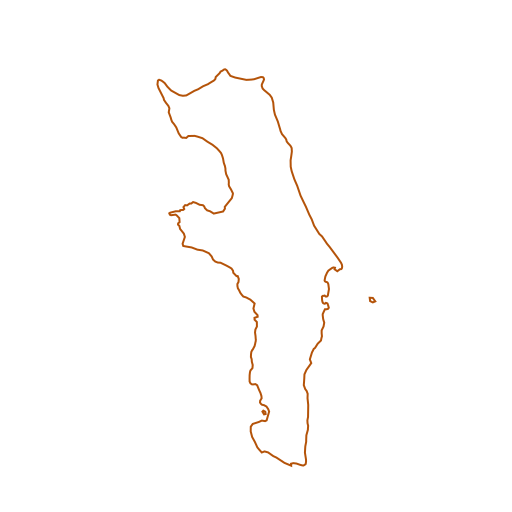 the district of Saipan, Saipan, Northern Mariana Islands, rotated 146°
{"feature_id": "39175420B42755231479115", "entity_name": "Saipan", "entity_type": "district", "adm_level": 2, "iso_a3": "MNP", "parent_name": "Northern Mariana Islands", "parent_adm1": "Saipan", "projection": "equal_earth", "projection_center": [145.757, 15.191], "detail": "fine", "context": "isolated", "style": "outline", "palette": "amber", "viewbox_px": 512, "rotation_deg": 146, "n_neighbors": 0, "source": "geoboundaries", "source_scale": "gbopen_adm2", "svg_char_len": 5629}
<svg xmlns="http://www.w3.org/2000/svg" viewBox="0 0 512 512"><g transform="rotate(146 256 256)"><path d="M150.2,399.0L150.1,399.3L150.3,400.4L151.8,401.6L153.8,402.2L158.7,403.6L161.1,404.8L163.5,406.2L165.5,407.4L173.5,415.6L175.8,418.7L176.5,419.7L176.5,421.6L176.6,423.6L176.4,425.9L176.7,427.1L176.8,427.3L177.2,428.1L178.4,428.5L180.1,428.4L182.2,428.7L184.0,427.9L189.3,426.9L190.7,425.5L192.1,425.1L193.4,425.0L194.1,425.1L198.2,425.3L199.8,425.3L200.2,425.4L204.8,426.3L210.8,426.6L214.7,427.4L218.9,427.7L222.8,428.0L224.0,428.1L227.0,429.7L229.6,432.3L233.8,440.6L234.2,442.6L234.8,446.0L235.0,450.4L235.6,452.4L236.3,454.3L237.8,456.3L239.2,456.3L241.8,453.3L242.9,449.8L244.3,438.6L245.0,436.8L245.0,433.3L244.7,429.5L245.2,426.9L248.0,423.9L249.3,418.5L250.0,416.4L250.5,414.2L250.2,411.2L250.2,407.2L251.5,400.9L251.5,398.3L251.5,396.5L250.8,395.1L249.7,394.5L247.8,392.9L245.0,393.3L239.7,389.9L238.1,388.1L237.6,387.5L234.5,383.6L232.4,378.0L229.9,372.6L228.2,367.2L227.7,363.7L227.4,361.1L227.7,359.1L228.2,357.3L228.8,355.3L229.6,353.5L230.5,351.5L230.6,351.2L231.1,349.4L231.4,348.1L232.4,345.7L233.6,343.8L234.4,341.9L234.9,340.7L235.0,340.4L235.2,339.2L235.5,337.3L235.8,335.7L236.0,334.4L236.6,333.5L237.5,332.0L238.6,330.6L238.8,330.1L239.3,328.9L239.4,327.3L239.5,325.2L239.8,322.9L239.9,322.5L239.9,321.7L240.3,320.5L241.8,319.1L243.7,317.5L254.4,314.2L255.3,312.6L258.4,311.3L267.3,314.8L267.6,315.5L269.1,318.8L271.0,321.2L271.6,324.2L271.2,326.1L271.6,327.8L274.1,330.0L276.1,333.6L278.0,335.9L280.3,335.7L281.7,336.6L284.8,336.5L286.3,337.8L288.8,337.1L289.2,335.1L290.5,334.9L293.2,336.4L294.1,335.7L297.6,338.0L297.9,338.1L302.9,339.9L304.0,339.9L304.3,338.4L303.6,337.3L302.8,336.9L299.6,335.3L299.3,334.7L299.0,333.9L298.4,330.3L300.4,326.8L302.3,326.6L303.1,325.6L302.7,323.8L303.8,320.9L303.3,314.9L304.3,311.6L310.0,307.2L310.7,305.0L309.2,303.5L304.6,299.1L302.2,295.7L301.1,294.1L297.1,290.4L296.2,289.0L293.6,284.8L293.5,284.6L293.0,280.4L293.6,277.1L292.9,274.2L291.3,271.9L289.2,270.3L288.5,269.1L286.0,264.8L285.8,264.4L285.1,263.1L284.0,260.9L283.3,259.3L283.3,256.6L284.2,254.8L283.4,250.2L282.4,249.6L283.1,246.6L285.1,244.2L287.1,243.2L288.3,241.3L288.3,241.2L289.1,239.3L289.1,238.3L289.2,236.9L289.6,234.3L289.5,231.9L289.2,229.5L287.6,227.5L287.0,226.6L286.3,225.2L285.1,223.0L283.7,217.4L287.5,213.9L288.5,210.6L287.8,206.1L288.6,204.7L291.8,205.6L292.8,204.0L292.2,200.8L294.7,197.0L297.6,195.4L299.6,193.1L301.2,189.8L301.4,189.5L302.6,187.4L302.8,186.9L303.9,185.5L304.6,184.9L306.0,183.5L306.7,182.9L307.4,182.2L308.7,181.5L311.1,180.2L311.6,180.2L313.5,179.1L315.1,177.3L316.7,175.1L317.3,172.9L318.6,170.6L319.7,167.4L320.0,167.1L321.0,165.8L321.7,165.0L324.6,164.2L325.7,163.3L326.1,162.9L327.9,160.8L329.8,158.1L331.5,155.5L331.8,153.6L331.2,151.9L330.1,151.1L328.1,150.1L327.3,148.2L327.8,145.9L328.4,143.0L328.9,139.9L329.8,136.9L330.9,134.9L333.5,133.7L334.6,132.3L334.6,130.7L334.2,129.3L332.8,127.9L332.5,127.3L331.5,125.4L331.5,122.3L332.1,119.7L339.1,113.8L340.8,114.0L343.2,116.3L346.4,116.8L352.6,118.6L353.2,118.4L355.8,117.4L358.5,113.5L360.4,108.1L360.9,102.5L361.9,96.6L361.6,93.6L361.1,89.9L358.2,89.2L355.8,86.4L353.6,80.5L351.8,77.5L348.1,68.6L344.1,62.5L343.1,64.2L340.9,63.4L340.2,62.8L338.5,61.3L336.2,58.2L334.7,56.5L333.9,55.8L333.1,55.7L332.5,55.7L331.3,55.7L330.5,56.4L329.3,57.8L328.3,59.4L325.4,65.6L322.6,69.3L321.5,70.7L318.3,73.9L317.0,75.8L314.5,79.2L310.2,82.9L310.0,83.1L309.6,83.7L307.7,86.1L306.8,88.5L305.3,91.0L302.9,93.4L296.0,103.3L292.8,109.3L290.2,112.9L290.1,113.4L289.5,115.7L289.6,118.2L288.6,122.2L286.3,125.1L284.6,127.3L282.0,130.8L278.0,133.3L277.8,133.4L270.1,136.3L269.9,137.1L269.2,140.1L268.9,140.4L263.6,144.7L262.4,145.4L262.1,145.5L260.1,146.7L259.6,146.7L258.4,146.8L253.9,148.8L249.4,149.6L247.8,151.2L246.2,152.6L244.8,155.2L243.2,157.6L242.0,158.3L239.4,159.8L236.7,162.6L236.3,163.9L235.6,166.1L234.5,168.3L233.7,169.8L233.2,170.5L231.0,171.9L228.6,173.3L227.3,172.4L225.9,171.9L224.6,172.4L224.0,174.1L223.7,175.2L223.3,176.6L223.7,177.4L224.3,178.1L225.4,177.9L226.0,178.2L226.2,178.5L226.7,179.4L226.6,180.7L225.9,182.4L224.9,184.1L224.0,185.5L222.9,185.6L222.7,185.5L222.0,185.0L221.2,184.8L220.9,183.4L220.0,182.8L218.6,183.0L214.0,187.8L211.8,192.2L211.5,193.9L211.8,194.7L212.7,195.7L213.0,196.6L212.8,197.4L212.4,197.8L211.6,198.6L210.1,200.1L209.1,200.8L208.7,201.0L206.5,202.4L204.2,203.4L201.4,203.5L200.5,203.5L199.4,203.5L198.2,203.2L197.1,202.1L198.3,201.1L197.1,197.9L193.9,198.1L192.7,197.5L192.0,197.6L191.3,198.1L190.5,199.0L189.7,200.6L189.5,201.6L189.3,202.9L189.3,204.4L189.3,204.7L189.3,208.9L189.9,222.4L190.3,226.5L190.3,233.0L190.3,235.3L191.2,238.9L190.9,248.0L190.9,248.6L189.3,255.3L188.7,260.5L187.4,267.3L187.1,268.8L186.4,273.8L185.3,281.2L182.6,291.1L181.6,296.5L181.2,298.5L179.1,306.0L178.6,307.4L177.3,310.6L173.8,316.0L171.1,318.9L167.9,322.5L166.1,325.5L165.9,326.7L165.9,327.1L165.8,327.9L166.0,329.5L166.4,331.8L166.4,332.3L166.5,333.6L166.3,334.5L165.9,335.3L165.8,336.0L165.7,337.1L166.0,340.0L166.3,342.5L165.8,345.4L165.7,346.0L165.0,347.9L164.5,349.6L162.7,355.3L161.5,361.3L161.4,361.9L161.2,362.7L160.9,363.5L160.0,365.8L159.8,366.3L159.4,367.3L155.9,373.6L154.4,378.4L154.4,379.2L154.5,382.0L155.1,384.1L156.0,387.3L156.5,388.9L156.7,390.3L156.9,391.0L156.2,393.7L155.3,394.9L153.4,396.1L151.9,397.0L150.6,397.9L150.2,399.0ZM182.5,151.7L182.6,155.9L185.1,157.8L185.4,157.2L186.6,154.8L185.1,152.2L182.5,151.7ZM335.8,120.8L335.4,121.7L336.4,123.7L337.7,123.4L337.9,120.2L336.4,119.6L336.1,120.2L335.8,120.8Z" fill="none" stroke="#b45309" stroke-width="2"/></g></svg>